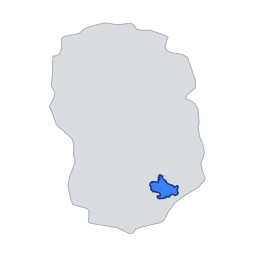 location of Kochani, Kočani, North Macedonia, rotated 96°
{"feature_id": "65306769B7034673009325", "entity_name": "Kochani", "entity_type": "district", "adm_level": 2, "iso_a3": "MKD", "parent_name": "North Macedonia", "parent_adm1": "Kočani", "projection": "orthographic", "projection_center": [22.415, 41.994], "detail": "fine", "context": "in_parent", "style": "filled", "palette": "blue", "viewbox_px": 256, "rotation_deg": 96, "n_neighbors": 0, "source": "geoboundaries", "source_scale": "gbopen_adm2", "svg_char_len": 2390}
<svg xmlns="http://www.w3.org/2000/svg" viewBox="0 0 256 256"><g transform="rotate(96 128 128)"><path d="M115.4,57.8L119.9,58.4L129.7,55.7L135.8,51.9L138.9,51.3L143.1,49.8L149.0,50.1L155.0,51.8L162.7,49.6L170.2,46.0L173.2,46.9L176.5,50.0L178.7,50.8L191.2,67.1L198.0,73.7L206.1,78.7L215.4,82.3L218.7,85.8L224.7,103.1L227.6,109.7L231.5,111.6L232.5,113.5L232.6,116.0L228.3,128.2L226.7,155.5L225.6,157.7L220.9,157.6L214.7,158.2L212.4,160.3L209.9,175.0L199.9,179.2L190.9,181.6L183.2,181.1L169.8,177.6L165.4,177.2L161.7,179.2L149.7,180.2L144.4,182.7L131.9,199.8L119.3,205.6L115.0,208.6L105.4,204.7L100.8,204.3L94.1,208.6L79.5,208.8L75.6,209.5L64.4,210.0L63.9,207.6L61.9,204.1L56.7,202.4L46.0,203.6L43.4,201.0L39.3,186.4L35.9,184.0L32.2,179.0L26.1,163.0L26.0,156.1L26.6,150.0L23.4,135.7L25.6,132.2L29.0,130.0L29.2,124.3L28.4,115.6L32.7,98.6L33.8,97.4L34.8,98.2L44.2,99.8L46.7,97.7L48.4,94.3L49.1,81.9L51.5,76.2L74.5,65.6L81.2,65.3L86.3,70.4L90.4,73.7L92.8,73.6L93.7,70.4L96.6,64.2L101.3,60.6L115.2,57.8L115.4,57.8Z" fill="#d9dde1" stroke="#a8b0b8" stroke-width="1"/><path d="M195.4,89.7L195.0,89.7L195.1,89.4L194.8,89.2L194.6,88.7L194.8,88.4L194.5,87.6L194.6,86.5L194.4,86.3L194.0,85.1L194.2,84.7L193.7,84.2L193.2,84.1L193.2,82.9L192.7,83.0L191.9,82.4L192.3,82.2L192.4,79.9L191.8,79.4L190.5,79.2L190.7,78.9L189.9,78.1L189.6,77.5L189.4,76.0L189.6,75.2L190.2,74.6L190.2,73.8L188.4,71.6L187.4,71.4L187.4,71.7L186.2,72.2L185.3,72.1L184.3,72.7L183.7,72.7L182.8,72.2L181.8,72.0L180.2,72.6L180.3,73.3L182.2,75.7L181.8,75.9L181.7,76.2L181.5,76.3L180.7,77.0L180.6,78.0L180.1,78.3L180.0,78.8L180.2,79.9L180.0,80.6L179.6,81.0L179.4,82.5L178.6,83.6L176.9,84.5L176.8,85.0L177.1,85.2L176.0,85.7L175.5,86.9L174.5,88.1L173.3,88.8L172.3,88.4L172.5,89.2L172.4,89.6L171.9,89.9L172.0,90.2L171.3,90.4L171.4,91.8L172.2,92.2L173.0,92.1L173.6,92.4L173.4,91.8L174.2,91.1L175.4,92.4L176.0,92.5L175.9,91.8L176.2,91.3L176.8,92.0L176.8,92.3L179.1,92.2L179.2,92.9L178.6,94.3L178.7,97.6L179.2,97.6L179.2,99.1L179.9,99.4L180.1,99.8L180.6,99.7L181.3,100.3L182.1,100.2L182.8,99.7L183.0,100.0L183.6,99.4L184.6,98.9L185.4,99.1L187.5,98.3L187.4,97.9L187.8,97.2L188.6,96.7L188.3,96.4L188.7,95.7L188.2,94.8L188.8,93.6L188.6,92.8L189.0,92.5L189.2,89.9L190.3,89.3L190.3,89.0L190.7,88.7L191.2,88.9L192.2,89.7L192.4,91.4L193.1,91.8L193.7,91.7L194.5,91.1L194.4,90.0L195.4,89.7Z" fill="#3b82f6" stroke="#1e3a8a" stroke-width="1.5"/></g></svg>